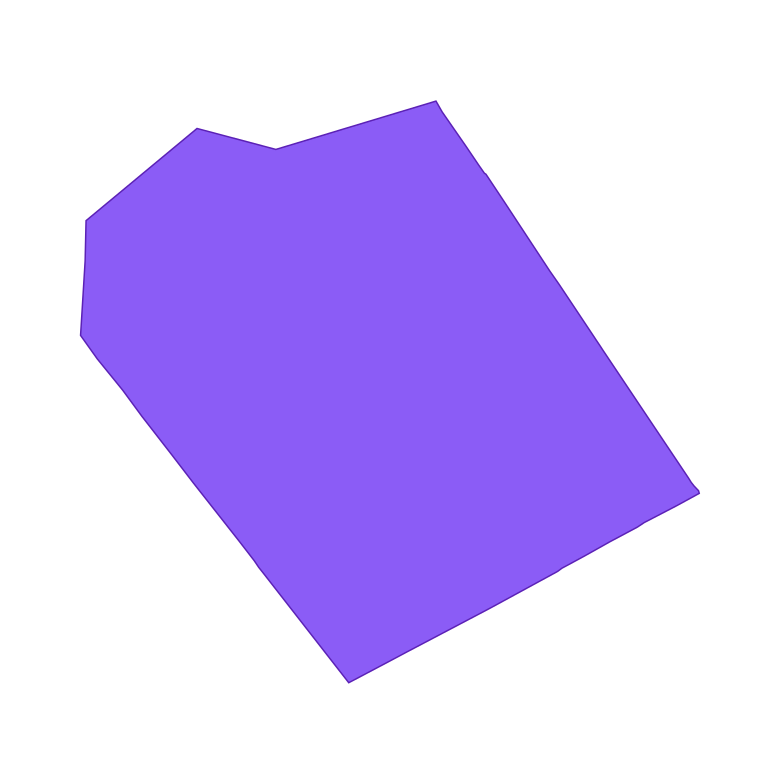 outline of Bagaxangai, Töv, Mongolia, rotated 349°
{"feature_id": "93677404B94518670866672", "entity_name": "Bagaxangai", "entity_type": "district", "adm_level": 2, "iso_a3": "MNG", "parent_name": "Mongolia", "parent_adm1": "Töv", "projection": "albers", "projection_center": [107.475, 47.372], "detail": "fine", "context": "isolated", "style": "filled", "palette": "violet", "viewbox_px": 768, "rotation_deg": 349, "n_neighbors": 0, "source": "geoboundaries", "source_scale": "gbopen_adm2", "svg_char_len": 852}
<svg xmlns="http://www.w3.org/2000/svg" viewBox="0 0 768 768"><g transform="rotate(349 384 384)"><path d="M489.0,116.2L322.6,133.1L249.2,97.5L122.7,166.8L114.1,206.2L97.6,270.0L95.4,278.4L107.4,304.8L126.3,340.2L140.2,369.6L161.7,412.1L178.3,445.4L211.8,510.6L222.9,532.7L226.1,540.2L228.8,545.4L292.4,670.5L340.3,656.0L355.6,651.3L444.7,624.5L513.6,602.7L515.0,602.3L518.9,601.0L522.0,599.5L523.7,598.7L526.0,598.0L535.3,595.1L538.8,594.0L544.9,592.1L545.7,591.8L546.8,591.5L574.9,582.2L605.5,572.8L612.9,569.7L647.8,559.4L672.6,551.5L672.4,548.8L668.8,543.1L666.8,539.2L665.0,534.5L636.6,467.0L606.1,394.4L605.3,392.5L604.5,390.5L603.6,388.3L600.1,380.0L599.5,378.5L574.9,319.6L568.2,304.5L546.8,252.4L537.4,229.5L524.1,197.5L522.8,196.3L518.7,187.1L509.9,166.4L493.0,128.0L489.0,116.2Z" fill="#8b5cf6" stroke="#5b21b6" stroke-width="1.5"/></g></svg>